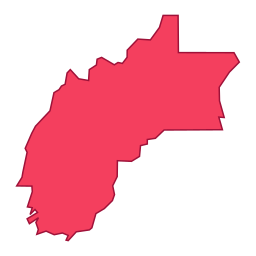 Richland, Louisiana, United States of America
{"feature_id": "52423323B54730656664663", "entity_name": "Richland", "entity_type": "district", "adm_level": 2, "iso_a3": "USA", "parent_name": "United States of America", "parent_adm1": "Louisiana", "projection": "mercator", "projection_center": [-91.813, 32.409], "detail": "fine", "context": "isolated", "style": "filled", "palette": "rose", "viewbox_px": 256, "rotation_deg": 0, "n_neighbors": 0, "source": "geoboundaries", "source_scale": "gbopen_adm2", "svg_char_len": 974}
<svg xmlns="http://www.w3.org/2000/svg" viewBox="0 0 256 256"><path d="M68.2,240.6L76.3,231.8L89.4,229.9L91.9,227.8L95.9,213.6L104.3,208.6L112.4,200.6L114.5,194.6L112.7,185.8L117.2,176.6L117.4,160.7L131.5,161.3L139.5,156.4L140.5,145.6L147.3,144.0L147.3,139.5L155.4,138.3L164.1,130.0L222.4,129.7L218.8,117.1L224.2,117.5L219.5,100.9L219.2,87.3L229.4,72.1L239.3,62.1L234.0,52.7L178.4,52.6L178.1,15.4L163.1,15.4L159.5,27.4L150.4,39.9L137.8,39.1L127.2,50.2L127.1,57.3L122.4,63.4L118.0,62.5L114.3,64.8L101.6,57.4L97.1,59.2L96.4,65.0L89.3,69.6L88.6,80.5L78.7,78.8L70.3,69.6L67.1,73.0L65.1,84.3L61.5,86.0L59.0,89.7L54.0,92.6L50.0,110.8L35.5,126.2L31.8,133.2L25.2,148.4L27.1,152.3L22.9,172.1L22.0,177.3L16.7,185.9L31.9,186.1L32.3,191.7L27.4,206.9L32.2,207.7L30.1,214.5L35.0,209.5L37.5,212.5L27.1,218.8L29.4,223.7L38.5,217.7L35.9,222.5L38.3,229.5L36.8,234.3L46.1,231.1L54.2,234.7L62.4,233.0L68.2,235.4L66.1,240.1L68.2,240.6Z" fill="#f43f5e" stroke="#9f1239" stroke-width="1.5"/></svg>